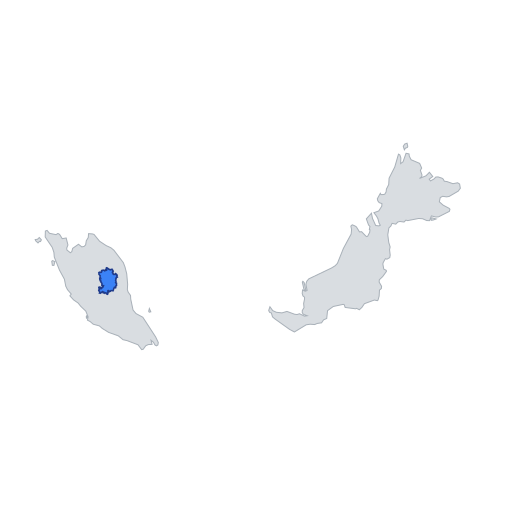 Jerantut, Pahang, Malaysia shown in context, rotated 349°
{"feature_id": "92858781B18339216088795", "entity_name": "Jerantut", "entity_type": "district", "adm_level": 2, "iso_a3": "MYS", "parent_name": "Malaysia", "parent_adm1": "Pahang", "projection": "natural_earth1", "projection_center": [102.515, 4.261], "detail": "fine", "context": "in_parent", "style": "filled", "palette": "blue", "viewbox_px": 512, "rotation_deg": 349, "n_neighbors": 0, "source": "geoboundaries", "source_scale": "gbopen_adm2", "svg_char_len": 8243}
<svg xmlns="http://www.w3.org/2000/svg" viewBox="0 0 512 512"><g transform="rotate(349 256 256)"><path d="M433.1,254.4L430.4,253.8L426.6,251.2L422.8,250.2L411.6,250.2L410.0,249.4L407.8,250.9L403.9,249.6L401.7,249.7L399.3,251.4L395.8,249.9L394.1,252.3L391.8,253.8L389.4,260.3L388.9,268.0L389.4,272.7L388.3,275.3L387.9,280.7L387.0,283.1L383.9,284.1L382.5,283.3L379.7,286.6L379.0,288.0L378.9,293.2L381.1,294.9L381.1,296.0L376.5,300.3L372.5,302.9L371.9,305.1L373.5,309.7L372.8,311.9L370.7,313.0L369.2,318.9L367.3,322.6L366.6,323.0L363.8,321.8L353.3,323.5L350.2,326.6L347.2,328.5L344.8,326.6L343.6,326.8L333.7,323.5L333.3,320.6L332.3,320.1L322.2,320.3L315.8,323.3L313.5,330.8L310.1,331.6L307.6,334.1L303.2,333.9L300.5,334.5L296.2,333.3L292.2,333.1L279.2,337.9L275.0,334.5L262.4,321.2L260.6,318.9L260.2,314.8L258.8,314.1L258.3,313.0L258.1,311.8L260.0,308.5L262.0,312.8L265.2,315.1L270.6,316.8L275.8,316.3L282.9,320.6L285.2,321.3L287.7,321.0L292.1,324.3L294.8,324.4L291.2,322.1L290.6,320.3L291.0,318.4L293.3,315.8L293.7,311.7L295.4,307.6L295.8,305.7L294.5,304.2L294.2,301.7L295.2,298.2L297.6,300.0L299.6,299.6L299.6,293.2L301.1,290.4L303.5,288.5L327.8,282.2L331.8,280.7L334.5,278.8L343.2,265.3L353.6,252.6L354.9,248.1L354.8,244.9L355.4,244.2L356.6,243.8L358.9,245.4L360.1,246.6L362.2,252.1L364.3,252.3L367.7,257.5L368.5,258.1L369.5,257.8L372.1,254.5L372.9,252.0L372.3,251.6L373.5,248.8L372.4,247.0L371.4,240.6L377.5,236.0L377.5,241.3L379.3,248.9L382.4,249.9L383.9,249.5L383.1,247.2L382.8,242.7L381.9,239.8L380.0,236.0L385.1,235.2L389.0,231.1L389.6,228.6L387.1,227.1L386.1,225.1L386.0,223.0L390.0,218.2L390.4,219.6L393.0,220.0L394.2,219.9L395.9,218.0L396.8,215.2L399.9,211.2L401.5,205.0L409.2,195.1L415.3,183.2L416.5,184.2L416.9,187.4L415.6,192.9L418.3,191.6L422.9,183.8L425.7,185.0L425.5,187.2L426.6,191.1L434.3,196.3L435.4,201.3L433.7,203.3L434.4,208.2L433.8,209.7L431.3,211.1L438.2,209.7L442.2,206.9L444.7,211.7L440.7,213.6L441.6,215.6L445.3,214.4L447.6,212.8L449.8,213.1L453.4,215.1L454.4,216.2L455.1,218.5L457.7,219.4L463.1,222.6L467.9,222.6L469.6,224.2L469.5,228.5L466.9,230.9L456.9,234.4L454.3,234.3L450.6,233.0L448.0,233.8L446.3,237.8L449.4,241.8L454.6,246.0L455.3,247.1L454.3,249.1L442.6,252.4L440.1,252.1L435.8,250.1L433.1,254.4ZM52.7,197.1L54.0,191.3L55.8,191.0L57.6,194.3L63.8,196.9L65.7,196.1L66.6,196.6L67.4,197.5L69.1,202.0L73.1,202.1L73.5,209.3L71.7,212.1L71.5,214.0L74.4,217.4L76.0,216.6L77.5,213.5L84.0,210.6L86.7,213.8L89.1,213.8L90.9,212.6L92.3,208.7L94.9,205.8L95.9,202.1L99.6,203.1L101.1,203.9L105.3,211.7L110.9,217.2L115.1,220.2L117.6,223.2L124.5,237.2L125.3,241.8L125.7,248.8L124.6,259.3L123.3,264.5L123.6,267.0L125.3,270.8L124.8,274.4L125.0,285.6L127.2,289.6L133.2,294.5L142.0,316.2L143.6,322.3L142.7,324.6L141.1,325.2L139.8,324.0L138.9,321.1L136.9,318.7L137.1,322.9L133.3,322.4L130.6,323.1L127.5,326.0L125.9,326.1L123.2,320.6L113.2,314.4L109.5,312.8L105.6,308.1L96.8,302.9L91.3,297.8L88.9,294.7L83.2,291.9L80.7,288.7L78.3,286.8L79.6,283.7L78.4,277.6L74.4,272.0L72.4,268.2L68.6,264.3L65.7,259.6L67.4,258.1L64.5,253.0L63.5,249.3L63.5,242.2L60.4,232.4L57.8,218.6L58.3,213.8L57.6,208.6L52.7,197.1ZM423.2,178.7L421.9,180.1L421.5,176.4L423.3,174.5L425.8,174.1L425.9,177.4L425.3,178.3L423.2,178.7ZM46.8,196.5L48.4,199.2L47.2,200.7L46.3,200.3L44.5,201.6L42.6,199.0L42.4,197.7L44.7,197.9L46.8,196.5ZM298.4,298.7L297.7,299.0L296.7,298.1L296.5,290.5L297.2,289.8L298.2,291.3L298.4,298.7ZM57.5,223.1L55.8,226.7L54.3,226.3L54.5,222.2L55.4,221.7L57.5,223.1ZM439.9,254.0L436.9,254.5L434.8,254.4L435.0,252.4L436.0,252.1L439.9,254.0ZM142.1,290.7L140.5,290.8L140.1,289.8L141.3,287.2L142.1,290.7ZM78.8,284.2L77.7,284.7L77.8,283.1L78.6,282.2L78.8,284.2Z" fill="#d9dde1" stroke="#a8b0b8" stroke-width="1"/><path d="M108.0,239.5L107.8,239.4L107.7,239.4L107.4,239.2L107.1,239.0L106.9,239.1L106.7,239.3L106.8,239.4L106.8,239.5L106.7,239.7L106.7,240.0L106.8,240.3L106.8,240.6L106.8,241.0L106.8,241.3L106.7,241.4L106.5,241.2L106.4,241.2L106.1,241.3L105.9,241.1L105.8,240.8L105.6,240.8L105.5,241.1L105.4,241.2L105.4,241.3L105.2,241.4L105.2,241.5L104.9,241.7L104.8,241.8L104.7,241.8L104.6,241.7L104.4,241.4L103.9,240.9L103.7,240.9L103.4,240.7L103.2,240.7L103.0,240.8L102.9,240.8L102.9,240.7L102.6,240.7L102.4,240.7L102.1,240.7L101.9,240.7L101.6,240.9L101.5,241.1L101.7,241.5L101.6,241.8L101.3,241.9L101.1,242.3L101.1,242.5L100.8,242.6L100.5,242.6L100.1,242.4L99.8,242.1L99.5,242.0L99.3,242.0L99.0,242.1L98.7,242.2L98.8,242.4L98.8,242.6L98.6,242.7L98.5,243.2L98.4,243.5L98.3,243.8L98.6,244.5L98.9,244.9L99.0,245.2L99.1,245.3L99.3,245.5L99.1,245.8L99.1,246.0L98.9,246.9L98.9,247.0L98.9,247.4L99.1,247.6L99.2,247.9L98.8,247.8L98.8,248.0L98.7,248.1L98.3,248.1L98.3,248.4L98.4,248.6L98.2,248.9L98.2,249.1L98.2,249.3L98.3,249.5L98.5,249.7L98.4,249.9L98.3,250.1L98.3,250.3L98.7,250.3L98.6,250.5L98.8,250.6L98.7,250.8L98.6,251.0L98.8,251.3L98.9,251.5L98.8,251.8L99.0,251.9L99.0,252.1L99.0,252.3L99.0,252.5L99.4,253.1L99.4,253.3L99.5,253.4L99.5,254.0L99.4,254.2L99.4,254.4L99.3,254.5L99.2,254.8L99.2,255.0L99.0,255.3L99.1,255.6L99.4,255.8L99.6,255.8L99.7,255.7L99.9,255.7L100.1,255.8L100.2,256.1L100.4,256.2L100.6,256.2L100.5,256.4L100.3,256.6L100.2,256.8L100.0,257.0L99.8,257.3L99.6,257.2L99.4,257.1L99.3,257.4L99.0,257.4L98.9,257.5L98.8,257.8L98.4,257.7L98.5,258.0L98.4,258.2L98.3,258.3L98.2,258.4L98.1,258.2L97.9,258.0L97.5,258.0L97.4,258.0L97.3,257.9L97.3,257.7L97.2,257.8L97.0,257.4L96.8,257.1L96.6,257.1L96.4,257.1L96.3,256.9L96.2,256.7L96.1,256.8L95.9,256.8L95.7,256.8L95.7,257.0L95.8,257.2L95.7,257.4L95.7,257.5L95.7,257.9L95.8,258.1L96.0,258.1L96.3,258.3L96.4,258.6L96.3,258.8L96.0,259.2L95.4,259.4L95.1,259.4L95.0,259.8L95.1,260.2L95.2,260.3L95.3,260.6L95.6,260.9L95.7,261.0L95.7,261.3L95.6,261.6L95.6,261.8L95.5,262.1L95.4,262.4L95.3,262.5L95.7,262.7L95.9,262.8L96.0,262.9L96.3,262.8L96.5,262.6L96.8,262.6L97.2,262.3L97.5,262.2L98.0,262.0L98.3,262.0L98.3,261.9L98.2,261.8L98.4,261.7L98.5,261.6L98.8,261.7L98.9,261.9L99.0,262.2L98.9,262.3L98.9,262.5L98.9,262.9L99.0,263.1L99.4,263.0L99.6,263.0L99.9,262.7L100.0,262.9L100.1,263.2L100.2,263.5L100.4,263.7L100.6,263.4L101.6,263.4L102.3,264.9L102.5,264.9L102.5,265.0L102.9,265.3L103.1,265.2L103.1,264.9L103.2,264.7L103.3,264.5L103.2,264.3L103.7,264.1L103.7,263.9L103.6,263.7L103.5,263.2L103.8,262.9L103.9,262.7L104.2,262.3L104.1,262.1L103.9,262.0L103.9,261.9L104.2,261.7L104.4,261.7L104.5,261.9L104.5,262.1L104.6,262.3L104.6,262.5L104.8,262.7L104.9,262.9L105.0,263.1L105.8,262.6L105.9,262.9L106.2,262.9L106.3,262.6L106.5,262.7L107.1,262.3L107.3,262.4L107.5,262.4L107.8,262.4L107.9,262.5L108.2,262.6L108.4,262.6L108.5,262.7L109.0,262.9L109.1,262.7L109.4,262.4L109.5,262.3L109.6,262.1L109.6,261.9L109.9,261.4L109.9,261.2L110.1,260.9L110.3,260.7L110.5,260.3L110.6,260.2L110.9,260.1L111.0,259.9L111.1,259.7L111.4,259.8L111.5,260.0L111.7,260.4L111.9,260.4L112.2,260.4L112.4,259.7L112.4,259.3L112.5,259.0L112.6,258.8L112.7,258.7L112.8,258.5L113.0,258.5L113.3,258.5L113.5,258.3L113.6,258.1L113.6,257.8L113.6,257.5L113.6,257.3L113.6,257.1L113.7,256.5L113.9,256.2L113.6,256.0L113.5,255.9L113.4,255.9L113.3,255.7L113.2,255.4L113.1,255.2L113.3,255.0L113.6,254.9L113.7,254.7L113.7,254.2L113.7,253.8L113.5,253.3L113.7,253.1L113.7,252.9L113.9,252.8L114.0,252.6L114.0,252.4L113.9,252.0L113.9,251.7L114.0,251.6L114.3,251.5L114.5,251.3L114.5,250.9L114.7,250.4L114.9,250.3L115.1,250.3L115.4,250.4L115.6,250.4L115.8,250.3L115.7,250.2L115.6,249.1L115.9,248.9L116.0,248.7L116.0,248.4L115.9,248.4L115.7,248.3L115.6,248.2L115.7,247.9L115.7,247.6L115.6,247.4L115.3,247.3L115.2,247.2L115.2,246.9L114.8,246.5L114.6,246.8L114.5,247.2L114.4,247.3L114.2,247.3L113.9,246.9L113.6,246.9L113.3,246.8L113.1,246.8L113.0,247.0L112.8,247.0L112.7,246.8L112.8,246.6L112.6,246.3L112.4,246.2L112.2,246.2L112.2,245.5L111.9,245.1L111.9,244.8L111.9,244.7L112.1,244.6L112.3,244.5L112.6,244.4L112.7,244.1L112.5,243.8L112.4,243.6L112.5,243.5L112.9,243.4L112.8,243.1L112.6,243.0L112.5,242.8L112.6,242.7L112.6,242.4L112.5,242.2L112.3,242.0L112.1,241.8L112.1,241.5L111.9,241.5L111.7,241.5L111.2,241.6L110.9,241.7L110.7,241.8L110.6,241.6L110.4,241.6L110.2,241.5L109.9,241.3L109.6,241.4L109.4,241.2L109.1,240.9L109.0,240.7L108.9,240.6L108.7,240.7L108.4,240.3L108.3,240.2L108.2,240.0L108.0,239.5Z" fill="#3b82f6" stroke="#1e3a8a" stroke-width="1.5"/></g></svg>